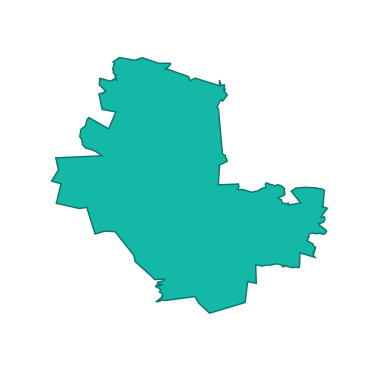 outline of Nazas, Durango, Mexico, rotated 108°
{"feature_id": "50627088B88320866521815", "entity_name": "Nazas", "entity_type": "district", "adm_level": 2, "iso_a3": "MEX", "parent_name": "Mexico", "parent_adm1": "Durango", "projection": "robinson", "projection_center": [-104.102, 25.271], "detail": "fine", "context": "isolated", "style": "filled", "palette": "teal", "viewbox_px": 384, "rotation_deg": 108, "n_neighbors": 0, "source": "geoboundaries", "source_scale": "gbopen_adm2", "svg_char_len": 5665}
<svg xmlns="http://www.w3.org/2000/svg" viewBox="0 0 384 384"><g transform="rotate(108 192 192)"><path d="M307.6,192.4L305.8,188.8L304.5,188.4L303.3,183.6L290.5,156.9L295.6,151.2L301.8,137.9L280.7,107.4L276.2,108.2L260.1,111.4L259.0,102.6L242.1,108.8L242.0,108.2L240.9,106.1L240.7,105.4L240.6,104.9L240.8,104.6L241.0,104.1L241.0,103.3L240.7,102.4L238.4,98.3L238.2,97.7L237.9,96.4L237.6,96.0L237.5,95.5L237.2,94.9L236.7,93.8L236.1,92.7L235.8,92.3L234.8,90.7L233.8,87.6L233.8,86.5L233.6,85.9L233.8,84.7L233.8,84.2L234.3,83.7L234.5,83.1L235.0,82.6L235.1,82.3L235.0,82.0L234.4,81.5L234.1,81.7L233.8,81.7L233.6,81.7L233.4,81.3L233.2,80.1L233.3,78.3L233.3,77.7L233.2,77.3L233.2,76.5L233.0,73.4L232.5,72.3L232.4,71.9L231.6,70.8L231.3,69.8L230.9,69.1L230.9,68.8L231.0,68.6L231.3,68.2L230.3,66.6L222.6,68.7L216.6,70.6L216.1,55.0L214.9,56.9L214.5,57.0L213.3,57.1L212.6,57.8L212.5,58.1L212.3,58.1L212.1,58.0L211.9,57.7L211.8,57.2L211.5,57.1L210.0,57.2L209.5,57.3L209.2,57.5L208.9,57.6L208.7,57.4L208.2,57.5L208.0,57.2L207.8,57.3L207.8,57.6L207.4,57.7L207.1,57.6L206.7,57.7L206.4,57.5L206.2,57.5L206.4,58.3L206.4,58.9L205.7,59.6L205.2,60.0L205.0,60.6L204.8,60.7L204.3,60.8L203.9,61.3L203.5,64.2L203.4,64.5L203.2,65.3L203.0,65.6L203.0,67.0L202.8,67.5L202.2,67.2L201.6,67.4L200.9,67.3L200.5,67.2L199.7,67.3L199.1,66.9L198.9,66.9L198.3,67.4L197.7,67.3L197.1,67.6L196.6,67.6L196.2,67.8L195.9,67.9L195.4,67.6L195.3,67.2L194.6,66.1L194.1,65.2L193.4,62.5L193.2,61.3L193.3,61.1L193.0,60.1L191.9,58.1L191.8,57.9L191.8,57.6L191.7,57.3L191.8,55.6L191.7,54.7L191.5,54.3L191.6,53.8L190.1,52.6L189.9,52.2L189.7,52.1L188.4,52.1L187.9,51.9L187.4,52.0L187.0,52.4L186.9,52.7L186.7,53.4L186.5,53.8L186.1,54.4L185.8,55.1L185.6,56.3L185.2,57.2L185.2,57.8L184.6,59.7L184.0,60.4L183.9,60.4L183.8,60.5L183.4,60.6L183.3,60.8L183.2,60.8L182.6,61.6L182.4,61.6L182.2,61.5L182.1,61.1L181.9,60.0L181.7,59.6L181.2,59.3L180.9,58.9L180.7,58.4L180.4,57.9L179.4,57.4L176.9,57.2L176.0,57.5L175.7,57.8L175.0,58.1L174.8,58.3L174.8,58.8L176.0,60.2L176.1,60.4L176.1,60.7L175.9,61.6L165.6,58.2L165.6,63.6L165.2,63.0L149.4,66.7L149.1,68.4L149.1,70.0L150.0,76.3L152.7,86.2L156.4,94.8L157.6,95.5L160.6,97.9L168.8,85.3L173.7,94.5L173.9,94.9L174.0,95.9L174.2,96.4L174.1,96.6L173.8,96.4L173.5,96.7L173.1,96.7L172.9,97.0L173.4,97.2L173.4,97.8L173.5,98.1L174.1,99.1L174.1,99.3L174.2,100.1L174.2,101.0L174.6,102.5L174.3,103.0L171.8,104.5L171.7,106.6L171.5,107.7L171.4,107.7L170.7,108.2L170.0,107.0L169.3,106.4L168.8,105.7L168.3,105.4L168.0,105.0L167.7,104.4L167.4,104.1L167.0,103.6L165.8,103.3L164.6,103.1L164.2,103.5L164.1,103.8L163.4,104.5L162.8,104.2L161.9,104.7L161.3,104.8L161.0,104.7L160.3,105.2L160.0,105.7L159.7,105.9L159.6,106.4L159.3,106.6L159.1,108.0L158.8,108.5L158.7,108.7L158.5,110.4L158.6,111.0L158.5,111.7L158.7,112.7L158.8,113.2L159.2,113.6L159.7,113.9L160.1,114.3L160.4,114.5L160.5,114.9L160.5,115.5L160.2,116.7L160.5,117.9L160.5,118.8L160.5,119.8L160.7,120.3L160.3,123.0L160.3,123.8L160.5,124.1L161.7,124.7L162.1,124.6L163.1,124.0L164.9,123.3L166.2,125.6L167.5,127.1L168.3,127.5L168.8,128.3L169.6,128.8L170.2,129.0L173.9,135.5L173.8,140.3L174.1,144.6L175.4,149.5L172.3,149.0L170.1,150.4L177.1,169.2L159.1,173.8L158.4,174.4L157.3,173.6L151.9,168.0L150.3,169.0L148.8,170.7L146.7,171.9L146.9,172.6L146.2,174.9L104.7,192.6L103.4,194.5L95.3,193.2L96.0,190.9L88.7,188.4L85.7,193.3L83.9,191.8L84.0,192.0L83.8,192.3L83.7,193.0L83.7,193.4L83.6,193.6L81.8,193.7L81.5,193.8L81.1,194.1L80.1,194.2L80.1,194.3L80.8,195.7L81.7,197.3L77.0,200.5L81.7,198.9L82.4,198.5L82.8,224.1L86.6,228.2L83.4,230.9L82.7,254.9L83.1,255.3L82.7,255.2L82.2,254.9L81.8,254.6L81.4,254.1L80.6,253.4L79.3,252.9L77.7,252.1L76.7,252.0L76.4,252.9L79.9,263.3L79.7,280.8L84.4,287.1L86.6,302.7L92.6,307.3L93.1,306.5L93.3,306.2L93.7,305.4L93.9,305.3L94.3,305.4L95.3,305.7L96.3,305.5L96.9,305.7L97.4,305.2L97.8,305.1L98.4,305.1L99.4,305.6L100.0,305.2L100.2,304.8L100.0,304.5L100.6,304.1L100.9,304.2L101.1,304.1L101.3,304.2L101.7,304.1L102.3,303.9L102.7,303.9L103.0,303.4L103.2,303.2L103.6,302.3L104.2,302.3L104.4,302.1L104.5,301.7L104.3,301.4L104.0,301.4L103.9,301.1L104.0,300.9L104.1,300.5L104.7,300.4L105.4,300.6L106.3,300.5L106.8,300.6L107.0,300.1L107.3,300.1L107.5,299.9L107.4,299.6L107.6,299.0L107.9,299.0L108.6,298.6L108.4,299.7L108.6,300.1L108.5,300.3L108.6,300.6L109.7,302.1L109.9,302.1L110.1,301.7L110.3,301.8L110.9,302.8L111.0,302.9L110.9,303.1L111.5,303.4L111.6,303.7L111.8,304.0L112.3,314.8L118.5,313.4L119.2,312.2L122.9,304.9L123.5,305.8L124.1,306.4L125.8,307.1L125.6,308.3L127.6,310.7L141.2,303.0L139.4,289.1L157.7,290.8L153.1,313.1L155.4,314.1L162.3,313.8L166.5,316.9L173.9,315.9L176.5,312.8L180.8,310.7L183.1,306.9L182.7,300.5L183.2,296.0L185.4,288.7L201.6,332.1L212.2,325.8L225.0,328.9L224.6,319.1L244.7,317.5L242.5,294.3L239.2,287.3L261.9,271.1L256.1,262.9L253.5,252.8L270.2,227.7L275.7,224.6L283.9,206.1L286.8,200.3L283.3,191.2L284.9,191.6L285.9,192.5L286.5,193.6L286.6,194.1L287.0,194.5L288.6,196.8L290.0,196.5L289.8,195.0L289.5,194.6L289.4,194.2L289.6,192.6L289.4,191.7L289.9,191.7L290.3,192.0L290.4,192.5L290.3,193.1L290.4,193.4L290.8,193.7L291.2,194.0L291.4,194.7L291.7,196.0L291.9,197.3L293.2,197.1L293.4,196.7L293.6,196.1L293.4,195.3L293.4,194.9L293.5,194.8L293.7,193.9L293.9,193.7L294.0,192.7L294.2,192.4L294.2,191.9L294.3,191.7L295.6,191.7L297.2,192.1L297.6,189.9L298.1,189.0L298.3,188.5L298.6,188.1L298.8,188.5L299.0,188.5L299.1,188.3L299.6,188.2L299.8,188.0L299.9,188.3L300.0,188.3L300.3,188.4L300.5,188.3L300.8,188.2L301.0,188.4L301.3,188.4L301.2,188.2L301.4,188.3L301.5,188.4L301.7,188.1L301.9,188.1L302.0,188.1L301.9,188.4L302.0,188.5L302.3,188.5L307.6,192.4Z" fill="#14b8a6" stroke="#0f766e" stroke-width="1.5"/></g></svg>